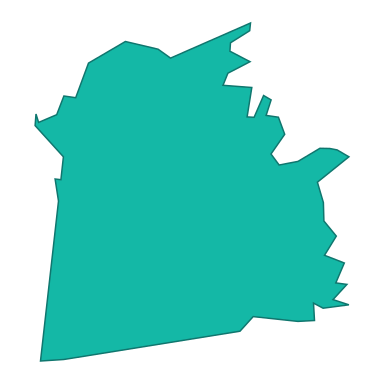 Mercer, Kentucky, United States of America (orthographic projection)
{"feature_id": "52423323B2643841016629", "entity_name": "Mercer", "entity_type": "district", "adm_level": 2, "iso_a3": "USA", "parent_name": "United States of America", "parent_adm1": "Kentucky", "projection": "orthographic", "projection_center": [-84.826, 37.824], "detail": "fine", "context": "isolated", "style": "filled", "palette": "teal", "viewbox_px": 384, "rotation_deg": 0, "n_neighbors": 0, "source": "geoboundaries", "source_scale": "gbopen_adm2", "svg_char_len": 762}
<svg xmlns="http://www.w3.org/2000/svg" viewBox="0 0 384 384"><path d="M40.5,361.0L63.7,359.5L240.0,331.2L253.2,316.6L297.9,321.4L314.5,320.5L313.5,303.1L323.1,308.2L348.9,304.8L333.0,299.6L346.9,284.4L335.8,282.9L344.3,263.0L324.5,255.3L336.3,236.1L323.9,221.0L323.4,202.6L317.4,182.2L348.9,156.8L337.1,149.9L329.8,148.5L319.9,148.3L298.0,161.4L279.1,165.0L271.0,154.0L284.7,134.3L278.4,117.2L266.1,115.4L271.1,99.9L263.6,95.5L254.1,117.3L247.1,116.9L251.8,87.5L223.0,85.3L227.9,73.2L250.0,61.7L229.9,51.2L230.5,42.8L249.7,30.7L250.5,23.0L170.5,58.1L158.1,49.2L125.4,41.5L88.5,63.1L75.7,97.7L63.9,96.0L56.7,114.7L38.6,122.4L36.0,114.0L35.1,125.6L63.4,156.8L60.9,179.7L55.1,179.0L58.5,201.1L40.5,361.0Z" fill="#14b8a6" stroke="#0f766e" stroke-width="1.5"/></svg>